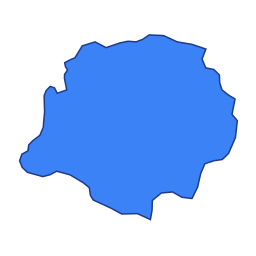 outline of San Juan, rotated 178°
{"feature_id": "DOM-1393", "entity_name": "San Juan", "entity_type": "Province", "adm_level": 1, "iso_a3": "DOM", "parent_name": "Dominican Republic", "parent_adm1": "", "projection": "albers", "projection_center": [-71.244, 18.895], "detail": "fine", "context": "isolated", "style": "filled", "palette": "blue", "viewbox_px": 256, "rotation_deg": 178, "n_neighbors": 0, "source": "natural_earth", "source_scale": "10m", "svg_char_len": 991}
<svg xmlns="http://www.w3.org/2000/svg" viewBox="0 0 256 256"><g transform="rotate(178 128 128)"><path d="M85.7,62.5L96.9,61.9L106.2,54.8L106.8,45.1L108.8,35.7L121.6,42.1L137.3,42.3L148.4,48.8L160.4,54.8L165.3,57.3L167.9,61.9L168.8,69.7L174.4,74.7L187.5,83.2L200.8,87.3L207.6,84.0L214.8,82.4L222.4,84.8L230.1,87.2L235.0,92.2L237.5,98.9L235.0,105.5L228.9,108.6L227.7,114.7L223.5,118.7L216.3,123.8L212.7,131.6L210.8,147.1L210.7,163.1L208.4,168.4L204.3,172.3L200.0,170.6L197.5,165.2L187.9,168.2L189.8,179.9L189.5,183.9L186.4,188.1L188.4,191.5L189.0,195.5L183.4,198.2L178.6,200.0L170.8,211.7L157.9,215.2L147.1,209.1L133.1,213.3L124.9,214.7L116.8,213.8L110.0,216.2L103.6,220.3L89.2,219.1L75.9,212.4L61.3,209.4L47.4,204.2L51.6,194.3L48.2,185.4L40.2,183.5L34.8,177.7L34.8,170.0L32.7,162.8L26.7,157.6L20.0,153.2L23.6,138.0L18.5,131.5L21.0,114.6L28.4,99.1L34.9,93.2L43.2,92.3L52.4,89.7L57.0,79.8L60.5,66.5L66.5,55.3L76.5,56.9L85.7,62.5Z" fill="#3b82f6" stroke="#1e3a8a" stroke-width="1.5"/></g></svg>